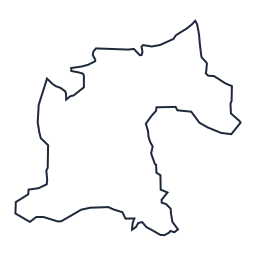 the district of Dakoro, Maradi, Niger
{"feature_id": "23599985B7432037800977", "entity_name": "Dakoro", "entity_type": "district", "adm_level": 2, "iso_a3": "NER", "parent_name": "Niger", "parent_adm1": "Maradi", "projection": "orthographic", "projection_center": [7.096, 14.397], "detail": "fine", "context": "isolated", "style": "outline", "palette": "slate", "viewbox_px": 256, "rotation_deg": 0, "n_neighbors": 0, "source": "geoboundaries", "source_scale": "gbopen_adm2", "svg_char_len": 1598}
<svg xmlns="http://www.w3.org/2000/svg" viewBox="0 0 256 256"><path d="M39.3,132.3L40.8,138.2L48.1,145.2L47.7,167.8L46.3,170.6L47.2,179.6L46.7,184.3L38.5,188.2L28.6,189.6L28.2,194.3L15.8,202.1L15.4,213.5L29.9,221.9L36.3,217.0L43.5,217.0L57.6,221.4L61.2,221.3L77.6,211.8L81.2,209.7L90.3,207.7L108.3,207.1L113.7,209.5L122.4,212.2L125.5,218.6L134.4,218.5L132.6,223.2L132.0,229.7L135.9,227.1L138.2,223.0L142.2,222.1L146.4,227.1L152.2,230.2L160.4,234.9L164.4,235.2L169.0,232.7L170.3,231.0L174.4,232.2L178.0,229.4L172.4,221.9L171.1,214.3L170.6,208.7L166.0,204.0L161.7,202.7L161.6,199.8L167.5,192.5L160.7,189.6L160.4,175.2L156.4,172.7L156.1,164.8L154.8,163.8L151.1,153.4L152.7,146.5L150.1,141.9L148.5,136.7L148.0,130.9L145.8,123.7L151.8,115.5L156.0,110.9L156.5,107.3L175.6,106.9L177.4,110.3L191.2,111.7L196.1,118.2L199.3,122.6L207.4,127.3L221.0,132.9L231.3,134.2L240.6,122.6L239.6,121.1L230.9,113.4L230.5,103.5L231.6,100.9L231.9,86.1L227.2,84.2L224.4,82.8L219.4,79.5L214.1,76.1L208.2,75.7L205.8,73.4L206.3,70.7L206.9,63.6L206.4,62.4L201.6,57.4L201.2,55.3L199.9,44.4L199.1,35.6L198.3,30.3L197.1,24.3L195.2,20.8L191.7,24.6L186.2,28.9L179.2,33.1L175.8,35.4L173.5,38.9L165.8,42.4L160.0,45.0L151.8,46.5L143.1,45.1L141.5,46.7L142.5,51.9L141.6,55.0L139.8,55.2L133.8,48.9L132.5,49.1L128.1,49.6L123.1,49.4L96.0,48.4L93.4,51.5L92.8,55.1L95.2,59.5L95.2,61.2L88.1,64.8L81.3,66.6L71.2,68.0L71.4,71.0L78.6,72.4L82.8,73.6L83.9,75.6L83.9,87.3L73.5,95.5L70.4,96.2L66.2,99.6L66.0,93.5L65.1,91.2L60.5,87.9L55.7,86.1L52.6,84.0L47.0,78.6L38.7,104.9L37.7,122.3L39.3,132.3Z" fill="none" stroke="#1e293b" stroke-width="2"/></svg>